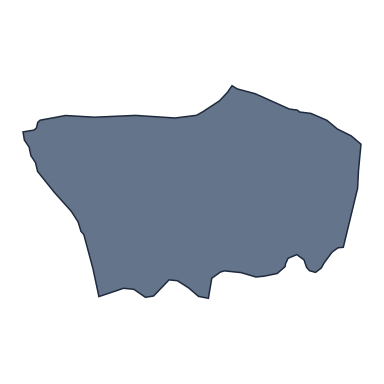 Santiago Sacatepéquez, Sacatepéquez, Guatemala (Mercator projection)
{"feature_id": "79465075B66116547115808", "entity_name": "Santiago Sacatepéquez", "entity_type": "district", "adm_level": 2, "iso_a3": "GTM", "parent_name": "Guatemala", "parent_adm1": "Sacatepéquez", "projection": "mercator", "projection_center": [-90.681, 14.641], "detail": "fine", "context": "isolated", "style": "filled", "palette": "slate", "viewbox_px": 384, "rotation_deg": 0, "n_neighbors": 0, "source": "geoboundaries", "source_scale": "gbopen_adm2", "svg_char_len": 937}
<svg xmlns="http://www.w3.org/2000/svg" viewBox="0 0 384 384"><path d="M361.0,144.2L351.2,135.9L337.2,128.9L326.9,120.3L310.9,113.4L299.6,112.0L297.3,110.1L289.2,109.0L255.2,93.7L237.2,88.9L232.0,85.7L227.4,92.4L219.5,100.8L206.2,109.5L203.6,111.3L196.5,115.3L174.9,118.0L135.6,115.4L94.4,117.2L65.5,115.5L40.1,120.2L37.8,122.3L36.3,128.2L33.8,130.1L23.0,131.9L24.4,140.1L29.1,147.1L30.9,155.7L35.5,162.6L37.6,171.5L54.2,192.2L71.2,211.2L78.1,221.9L81.0,231.4L83.8,234.5L93.0,268.8L98.9,296.6L123.5,288.3L133.8,289.3L145.4,297.3L153.6,296.0L169.0,279.9L177.3,280.7L188.6,287.9L198.5,296.4L208.4,298.3L211.8,278.2L220.5,272.0L224.5,270.9L241.0,272.6L255.9,277.0L264.1,276.2L277.2,273.5L285.1,266.6L285.5,263.8L288.1,258.3L296.8,254.6L304.0,259.9L306.6,267.4L309.5,270.7L315.5,272.4L321.3,268.0L324.2,262.8L332.0,252.2L338.0,247.8L343.3,247.3L357.6,188.3L358.5,170.7L361.0,144.2Z" fill="#64748b" stroke="#1e293b" stroke-width="1.5"/></svg>